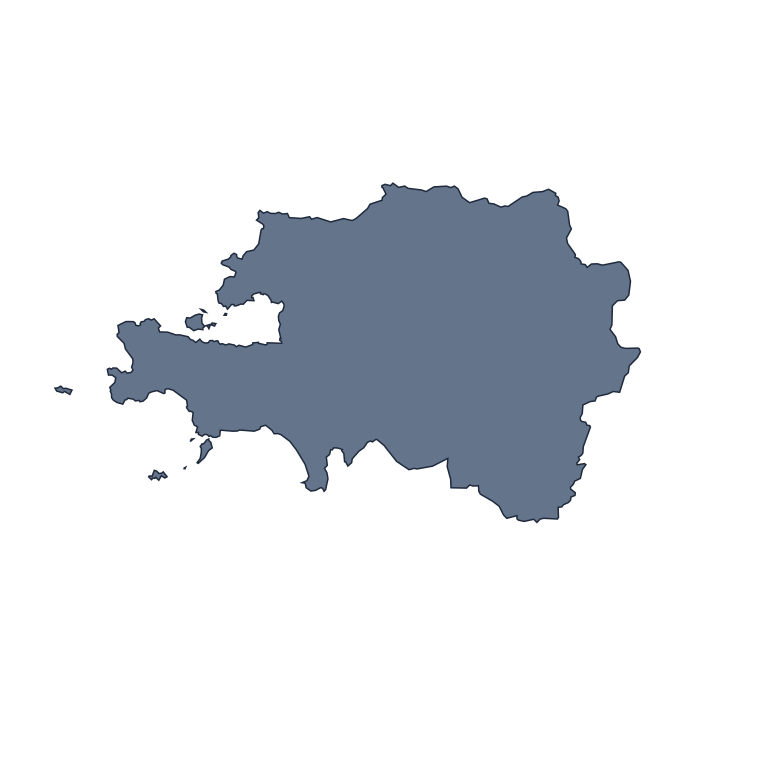 Ninh Hoa, Khánh Hòa, Vietnam, rotated 142°
{"feature_id": "81297802B58839501230111", "entity_name": "Ninh Hoa", "entity_type": "district", "adm_level": 2, "iso_a3": "VNM", "parent_name": "Vietnam", "parent_adm1": "Khánh Hòa", "projection": "albers", "projection_center": [109.187, 12.544], "detail": "fine", "context": "isolated", "style": "filled", "palette": "slate", "viewbox_px": 768, "rotation_deg": 142, "n_neighbors": 0, "source": "geoboundaries", "source_scale": "gbopen_adm2", "svg_char_len": 6181}
<svg xmlns="http://www.w3.org/2000/svg" viewBox="0 0 768 768"><g transform="rotate(142 384 384)"><path d="M374.9,597.2L377.7,596.5L380.2,592.2L383.6,591.6L381.1,584.7L381.2,582.8L383.3,580.7L384.9,581.5L386.2,580.9L396.4,571.6L404.1,569.7L410.8,572.9L415.9,571.8L419.0,569.8L421.6,573.2L421.7,574.8L420.5,576.8L421.7,579.4L425.5,579.5L426.8,578.5L429.9,578.3L435.8,580.5L437.8,579.5L437.8,577.5L434.2,571.7L434.0,568.4L431.7,564.2L432.0,563.0L436.0,560.5L439.3,563.5L445.2,564.8L449.9,560.9L455.8,559.5L459.6,560.4L460.4,559.0L460.0,557.4L463.5,551.7L464.2,549.2L462.6,547.6L462.7,544.0L460.8,542.9L461.3,539.3L455.2,540.5L453.2,539.0L453.9,537.8L452.3,536.5L447.5,535.1L445.8,533.5L440.5,534.3L435.2,529.7L434.0,532.8L435.1,533.5L433.9,535.0L431.1,535.1L425.3,532.6L424.8,532.1L425.8,531.2L424.2,528.8L423.4,529.1L422.1,528.0L421.0,525.1L421.5,519.3L422.5,517.6L421.5,517.3L417.9,512.5L413.5,512.2L413.7,508.4L414.6,507.0L418.6,504.2L422.6,504.3L425.7,502.2L427.9,498.7L428.9,494.9L433.4,491.7L437.3,483.3L437.9,484.0L439.2,482.7L438.6,480.5L439.6,479.1L450.7,488.4L451.8,487.2L453.4,487.9L457.8,493.3L457.3,494.1L462.1,497.2L463.3,496.0L470.2,498.2L474.4,503.8L477.5,504.3L477.9,506.8L481.5,511.1L484.6,512.1L486.8,515.6L488.5,516.0L488.9,518.6L488.3,519.9L489.0,520.9L492.0,522.2L492.2,523.7L494.4,525.4L497.3,524.7L499.8,526.6L501.4,529.2L501.5,532.7L506.8,532.6L507.6,536.1L509.1,538.0L509.2,541.8L514.8,548.6L517.9,550.9L522.5,558.0L528.8,563.2L527.3,567.0L524.3,567.3L525.0,576.9L528.1,577.7L529.2,580.3L532.4,581.6L534.4,581.0L537.0,582.5L538.8,581.8L539.5,580.5L541.6,580.9L543.4,583.0L542.5,585.7L543.0,587.4L548.9,592.1L557.6,593.9L561.1,587.7L563.7,587.4L564.9,585.7L563.8,576.1L566.2,570.7L566.5,558.6L568.7,555.2L572.5,552.7L573.2,549.6L576.1,548.8L579.7,550.7L580.0,553.5L583.8,554.4L584.9,561.1L587.7,563.5L589.7,563.5L590.7,565.5L593.0,565.9L595.6,560.7L592.7,558.3L591.5,554.1L595.2,550.9L602.2,550.2L603.0,547.3L604.1,546.9L604.9,543.9L607.1,540.9L607.2,537.7L605.7,533.7L602.2,528.9L597.9,530.9L596.4,530.1L594.7,530.5L590.9,526.4L590.4,523.8L587.1,521.8L587.2,520.2L584.3,518.8L579.4,519.2L575.1,521.6L571.8,520.8L566.9,518.5L563.4,512.0L561.9,511.9L560.7,513.9L559.2,514.3L557.0,513.2L554.0,508.9L549.5,492.8L552.4,487.6L553.7,487.6L554.2,486.4L554.4,482.3L552.9,481.3L552.0,479.0L557.5,473.4L558.8,468.4L557.3,465.0L562.1,461.6L560.0,460.0L561.3,458.6L559.5,454.9L556.0,454.6L554.3,452.5L554.3,450.5L552.3,450.0L551.9,447.7L549.2,445.3L545.4,444.3L541.4,448.4L532.3,440.0L528.3,437.1L526.2,436.7L515.3,426.7L509.7,424.9L507.4,426.3L502.7,424.4L500.8,416.8L501.2,412.4L498.1,410.2L496.4,407.6L493.5,396.9L493.6,386.0L495.6,369.4L500.0,357.4L504.4,355.3L509.3,356.7L507.2,354.3L509.2,350.2L507.5,344.6L503.4,342.3L497.7,341.3L496.6,339.6L497.3,336.4L495.2,336.6L486.6,343.7L483.6,349.2L482.8,354.1L478.8,354.8L474.4,361.9L470.4,361.9L466.5,365.0L465.2,363.9L463.1,364.7L460.0,362.2L457.1,358.0L458.3,357.6L458.5,353.9L462.9,347.0L462.1,346.5L463.0,341.6L458.0,341.9L455.1,344.6L444.9,346.5L439.2,346.2L433.0,348.2L429.9,347.5L428.7,345.5L424.9,345.4L423.7,344.5L421.8,335.8L421.7,315.2L417.0,301.0L412.4,299.1L410.2,296.7L396.2,289.3L379.5,286.1L385.1,279.9L390.2,267.8L395.1,261.0L383.1,251.2L378.6,251.6L376.7,248.8L372.2,245.7L375.3,241.1L375.9,237.9L370.6,224.8L368.5,216.8L370.4,207.3L370.0,202.6L360.3,198.4L362.2,195.9L361.9,194.0L358.1,189.4L349.3,185.2L348.7,180.8L344.1,181.4L340.9,179.9L330.4,170.8L328.7,171.4L322.7,179.6L319.5,177.7L316.9,178.4L311.8,177.1L308.8,177.5L306.1,179.8L302.1,178.6L300.2,180.6L301.6,186.3L300.6,187.9L296.5,188.4L293.6,190.1L287.4,188.7L280.2,194.5L274.6,196.1L275.0,197.8L281.5,201.4L280.8,203.0L276.5,203.8L275.7,206.8L272.9,206.3L270.0,207.0L265.4,212.0L247.9,222.9L247.5,224.6L249.4,226.5L248.6,229.7L251.2,232.7L251.5,234.4L250.2,236.7L246.0,238.6L240.2,245.0L232.3,243.2L228.1,240.7L224.5,242.9L222.6,242.5L213.7,238.3L207.9,236.9L203.4,232.4L189.6,242.0L184.5,242.5L179.6,247.3L168.0,248.8L162.2,251.4L161.2,254.6L161.7,255.9L171.8,263.4L174.7,267.1L175.0,271.9L172.4,278.7L172.3,287.9L168.1,290.2L155.9,305.0L148.7,305.9L142.7,301.9L136.3,303.4L126.5,313.2L121.7,323.5L122.4,333.9L123.4,335.5L138.6,343.1L141.9,347.4L146.6,350.8L152.1,350.9L151.9,354.2L154.6,357.1L153.4,359.8L153.6,363.1L155.6,366.4L153.5,368.1L152.8,381.7L150.3,386.7L140.8,390.9L140.0,394.8L132.9,407.0L132.9,410.3L137.0,418.1L133.3,420.4L131.8,423.9L132.9,427.2L131.2,428.5L134.4,436.1L140.8,438.1L148.7,443.3L156.0,444.3L159.9,446.3L176.9,447.5L179.2,449.9L183.0,451.4L186.5,458.2L190.1,461.9L188.8,466.3L190.2,468.5L204.9,474.2L207.5,483.0L205.5,492.3L206.7,496.6L210.5,497.7L212.9,501.4L223.3,508.6L232.3,509.7L235.0,513.8L244.6,523.4L245.8,527.2L251.4,529.9L253.3,536.8L256.8,536.3L260.2,540.7L263.5,541.6L264.5,540.5L264.1,539.2L265.5,532.4L270.5,531.9L272.4,530.0L284.3,534.3L288.9,532.4L304.0,531.6L308.4,532.4L314.1,539.3L326.2,544.5L334.3,556.4L339.7,558.5L339.6,561.6L347.4,565.5L356.2,573.4L355.1,577.8L359.4,580.5L361.2,584.1L364.6,585.2L368.4,588.4L369.9,591.7L373.8,592.8L374.9,597.2ZM496.7,541.8L493.3,538.3L492.2,539.7L489.9,539.7L490.0,543.9L487.2,548.2L484.4,550.2L486.5,552.9L490.4,554.5L496.1,555.3L498.6,557.7L502.1,555.4L504.1,550.1L502.4,548.1L501.1,543.1L496.7,541.8ZM579.3,435.8L570.7,436.5L563.2,439.5L558.7,439.4L556.4,444.6L556.8,447.3L555.9,448.5L558.2,449.1L563.1,447.9L564.3,448.9L567.4,447.8L567.6,445.7L570.3,442.4L574.7,438.5L579.7,437.1L579.3,435.8ZM616.0,448.7L614.5,444.8L612.0,444.5L612.1,450.7L614.3,450.6L616.5,452.2L616.7,455.2L618.1,457.4L623.4,454.2L625.7,456.1L626.6,455.7L626.1,451.7L623.9,452.2L622.8,450.8L621.3,451.0L620.7,446.8L616.0,448.7ZM640.2,574.7L638.0,569.2L633.6,571.3L637.5,576.7L639.5,577.7L640.0,581.3L643.7,581.9L645.8,583.3L646.3,580.0L642.7,575.0L640.2,574.7ZM481.8,534.0L479.3,535.1L481.9,537.9L483.4,536.3L481.8,534.0ZM487.5,537.9L487.9,535.4L483.9,537.8L488.2,539.5L487.5,537.9ZM482.3,555.5L481.9,552.1L480.1,550.0L480.6,553.3L482.3,555.5ZM467.6,536.7L466.0,535.3L464.7,536.3L465.7,537.4L467.6,536.7ZM569.7,459.2L572.1,458.0L567.9,458.1L569.7,459.2ZM593.7,440.3L593.0,439.7L591.5,440.5L593.2,440.8L593.7,440.3Z" fill="#64748b" stroke="#1e293b" stroke-width="1.5"/></g></svg>